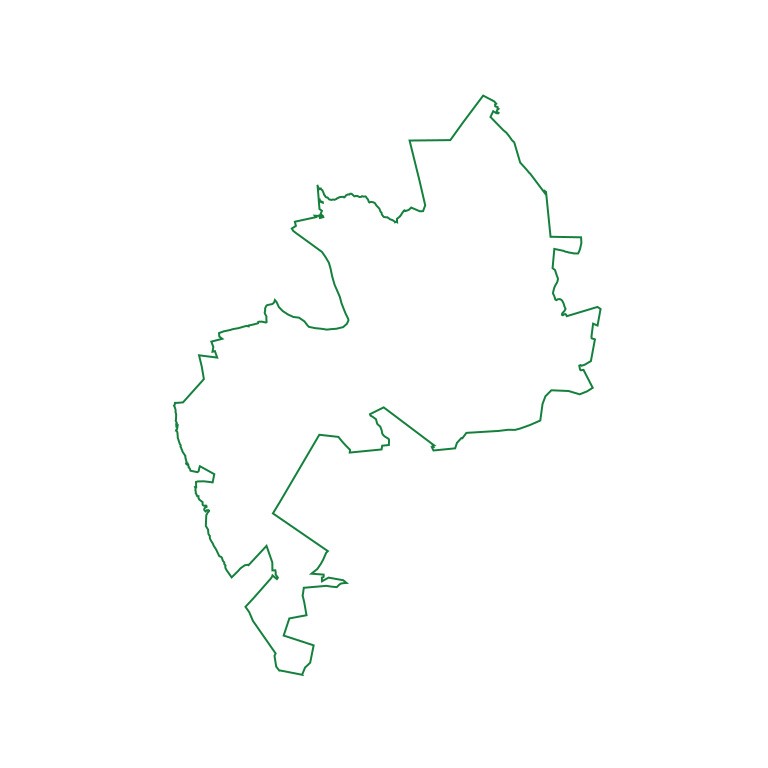 outline of Tzimol, Chiapas, Mexico, rotated 36°
{"feature_id": "50627088B1197816312521", "entity_name": "Tzimol", "entity_type": "district", "adm_level": 2, "iso_a3": "MEX", "parent_name": "Mexico", "parent_adm1": "Chiapas", "projection": "albers", "projection_center": [-92.266, 16.109], "detail": "fine", "context": "isolated", "style": "outline", "palette": "green", "viewbox_px": 768, "rotation_deg": 36, "n_neighbors": 0, "source": "geoboundaries", "source_scale": "gbopen_adm2", "svg_char_len": 6150}
<svg xmlns="http://www.w3.org/2000/svg" viewBox="0 0 768 768"><g transform="rotate(36 384 384)"><path d="M438.0,561.8L436.4,554.5L436.8,552.2L370.2,554.0L369.1,540.6L361.5,463.1L378.2,453.6L383.3,455.0L389.5,456.3L395.2,457.2L396.6,459.6L420.5,438.4L418.8,435.0L423.8,430.5L421.6,427.2L420.5,425.9L419.6,425.7L415.7,426.0L414.2,425.9L412.8,425.6L411.7,425.1L409.4,422.9L406.1,420.7L402.9,420.4L401.8,420.1L398.2,417.2L394.0,417.2L391.5,417.5L390.4,416.6L397.5,403.1L460.4,404.2L459.5,405.0L461.1,405.8L459.8,406.9L463.1,408.7L479.4,394.2L477.6,388.8L478.4,382.2L479.3,381.8L479.4,375.1L504.3,354.6L511.3,348.1L517.1,344.0L520.4,339.9L526.2,331.4L531.9,321.7L524.0,307.0L521.8,299.0L523.1,290.7L537.4,281.2L548.4,277.3L552.6,270.6L555.1,264.4L537.1,255.3L535.0,257.3L534.7,257.3L533.7,256.7L531.2,254.4L532.0,253.1L533.1,253.1L535.0,250.5L537.9,243.8L528.4,223.9L525.2,225.0L524.1,223.9L517.7,212.3L522.4,211.2L515.1,196.0L511.4,196.2L492.0,221.7L490.4,220.8L489.8,220.8L489.2,221.2L488.2,223.3L487.2,223.4L486.8,222.4L486.7,221.0L487.0,220.2L487.0,218.3L486.7,216.5L484.4,215.2L483.0,214.0L481.3,212.9L479.0,211.8L477.8,211.7L476.5,211.9L475.2,212.9L474.6,213.6L474.2,214.8L473.0,215.0L470.1,212.8L467.5,211.4L466.9,210.4L465.2,206.2L464.6,203.4L464.4,201.0L464.1,199.3L463.2,197.0L461.9,195.8L460.9,195.3L455.4,191.3L452.3,191.2L442.4,174.6L451.3,170.6L452.7,170.4L455.1,169.3L456.0,169.1L459.1,167.5L460.8,166.8L464.3,164.3L463.8,161.5L463.1,159.2L460.8,153.9L457.2,149.5L432.2,167.0L402.2,133.4L400.8,133.4L402.1,135.1L378.6,127.9L377.3,127.8L373.5,126.8L364.0,124.8L347.4,112.0L344.4,111.6L339.1,109.8L335.5,108.8L331.1,108.5L313.2,105.4L312.0,99.1L315.7,98.9L317.4,97.8L317.3,97.3L315.4,97.7L315.0,97.4L314.6,96.1L314.9,94.3L314.1,94.6L313.2,93.2L310.8,94.0L309.6,92.6L310.1,91.3L307.0,90.6L294.7,92.4L294.2,126.5L294.3,147.7L261.6,172.0L293.4,198.8L312.3,215.2L314.0,221.2L311.5,223.2L302.3,225.3L301.7,228.6L301.5,228.9L299.8,231.4L299.5,231.6L299.2,231.4L298.5,231.4L298.2,232.2L298.3,236.6L298.5,237.0L298.3,238.5L298.5,238.8L297.4,242.8L299.5,245.4L298.6,245.5L297.9,246.6L297.6,246.3L294.6,246.4L292.0,247.2L288.8,247.1L287.5,248.1L285.5,249.0L282.6,248.1L281.4,246.9L280.2,246.7L279.2,246.2L277.1,244.8L273.1,244.1L270.2,243.0L268.9,243.2L266.7,244.1L266.0,244.8L265.5,245.7L264.7,245.6L262.5,244.1L260.9,243.8L259.9,243.3L258.8,243.1L257.2,244.5L255.8,245.0L255.4,246.2L254.1,247.2L251.7,247.6L250.5,248.6L250.0,249.4L249.6,249.6L246.0,249.2L244.8,249.9L244.7,251.0L243.3,251.9L242.4,253.8L242.4,255.5L242.2,256.3L241.9,256.5L241.5,256.3L240.9,256.6L238.6,258.5L236.8,261.6L236.8,262.3L235.6,264.1L235.2,264.2L234.1,264.9L233.4,265.9L231.2,266.9L228.7,266.3L227.6,266.9L227.0,267.0L225.9,266.6L225.3,266.2L224.2,266.1L223.2,265.2L220.3,263.5L219.0,263.5L218.0,263.0L217.4,264.2L215.9,263.7L216.6,264.3L216.3,264.2L212.9,262.1L213.7,262.6L222.4,272.7L223.5,272.4L224.3,273.6L227.5,272.8L227.9,273.3L223.8,274.4L229.0,280.4L232.0,280.4L232.8,283.8L235.9,284.0L236.8,284.7L234.6,287.4L233.2,286.3L234.9,284.3L233.5,284.3L231.8,286.8L229.1,288.5L230.9,289.0L216.5,305.1L219.8,307.9L218.0,312.4L220.6,313.5L223.7,313.6L256.2,313.6L262.4,315.8L268.3,318.4L273.1,322.2L278.7,327.3L285.6,332.7L296.8,339.3L302.4,343.8L311.0,349.3L317.0,352.5L317.9,353.6L318.6,357.1L317.5,362.0L313.0,367.3L309.2,370.5L305.8,373.6L301.1,376.0L295.4,379.3L289.7,381.9L287.8,381.6L282.8,380.1L276.2,380.3L271.4,383.0L265.5,384.2L259.2,384.5L253.8,383.6L248.8,380.8L246.4,380.2L247.1,382.4L247.0,383.9L246.5,385.1L243.3,388.7L242.9,389.4L242.9,390.6L243.4,392.7L244.5,394.2L245.6,396.5L246.6,397.2L249.1,398.4L251.2,401.3L252.6,402.8L252.3,403.7L248.4,405.4L247.4,406.3L246.7,406.6L245.8,407.8L246.4,408.9L242.8,413.3L240.3,416.0L240.7,416.9L240.0,417.3L238.9,417.5L237.3,419.4L233.4,424.4L230.0,427.9L228.8,429.3L228.0,430.5L223.4,435.6L220.6,439.8L222.9,442.4L226.6,442.5L219.4,451.2L224.2,454.4L226.3,458.7L227.9,456.8L233.5,460.7L217.5,469.5L226.4,477.1L235.4,485.9L232.2,517.0L228.3,520.4L226.0,522.1L227.0,524.1L226.8,524.9L228.9,526.1L230.5,527.4L231.4,528.4L231.8,529.3L233.2,530.2L234.6,532.0L236.7,535.2L237.1,536.2L239.3,537.3L239.5,537.6L239.3,538.0L239.4,538.6L240.2,538.7L240.3,539.5L241.1,540.6L241.4,540.5L241.7,539.4L243.0,541.9L243.1,542.3L242.8,542.8L243.1,543.7L243.3,543.5L243.7,543.7L245.2,544.5L247.9,547.6L248.6,548.6L254.0,552.5L255.6,553.1L255.9,553.5L256.1,554.2L256.8,554.7L257.3,554.8L258.5,555.7L260.1,556.6L260.6,557.1L265.7,559.0L266.0,559.7L267.4,560.9L267.7,561.3L268.9,562.1L269.4,562.7L270.2,563.1L270.6,564.7L271.5,565.0L272.0,564.9L272.0,564.3L271.5,563.8L271.8,563.7L272.1,564.1L273.1,564.3L273.5,565.1L274.8,565.7L275.0,566.3L276.7,566.6L278.4,567.9L284.9,565.0L285.3,563.6L283.7,559.9L283.4,558.7L299.7,556.7L303.2,564.3L295.6,568.5L290.6,572.3L289.5,573.8L292.7,577.9L291.8,578.5L293.1,579.4L293.8,580.8L294.7,581.4L296.0,583.1L296.9,583.3L298.2,584.3L298.8,584.5L299.8,583.8L301.1,585.4L302.7,586.1L306.7,586.2L308.0,588.1L308.4,588.4L309.0,588.5L309.9,588.3L310.6,587.6L311.8,586.9L312.7,587.7L311.8,589.5L312.1,590.9L312.5,591.5L314.5,592.0L315.0,590.1L316.3,589.2L316.9,589.3L317.2,590.0L316.9,591.7L317.4,594.7L323.3,603.6L327.2,605.2L330.0,608.4L331.7,609.2L332.3,609.2L333.8,611.2L335.6,612.2L339.5,613.8L341.5,615.1L343.8,615.9L345.7,616.7L351.7,620.0L352.1,620.1L353.7,619.6L355.1,619.9L357.5,621.7L359.7,622.3L360.7,623.6L361.2,623.8L362.4,623.9L363.1,625.3L364.0,626.1L366.0,627.1L374.4,630.0L375.9,621.1L376.2,617.6L377.9,612.5L380.2,610.2L380.9,610.2L384.1,584.0L398.5,594.0L403.3,600.4L405.6,598.6L407.0,599.9L408.3,601.8L412.0,603.1L412.0,604.8L406.3,604.4L406.7,605.6L406.8,607.6L404.3,634.2L402.9,645.7L409.1,647.8L417.2,652.7L454.7,665.7L455.2,668.3L462.9,676.0L467.8,677.4L468.6,676.7L488.8,667.3L488.6,667.2L486.8,659.8L488.1,652.9L480.7,636.8L450.7,646.5L445.2,629.3L457.2,616.6L447.7,607.4L442.3,602.8L442.0,601.8L438.9,596.0L456.1,581.1L460.1,579.1L465.2,576.1L465.8,572.5L466.5,570.7L468.3,568.9L470.6,567.0L466.4,566.7L453.0,573.2L449.8,580.0L447.5,577.1L448.5,575.8L448.1,574.8L447.2,573.7L436.8,580.1L438.8,572.9L438.6,566.3L438.0,561.8Z" fill="none" stroke="#15803d" stroke-width="2"/></g></svg>